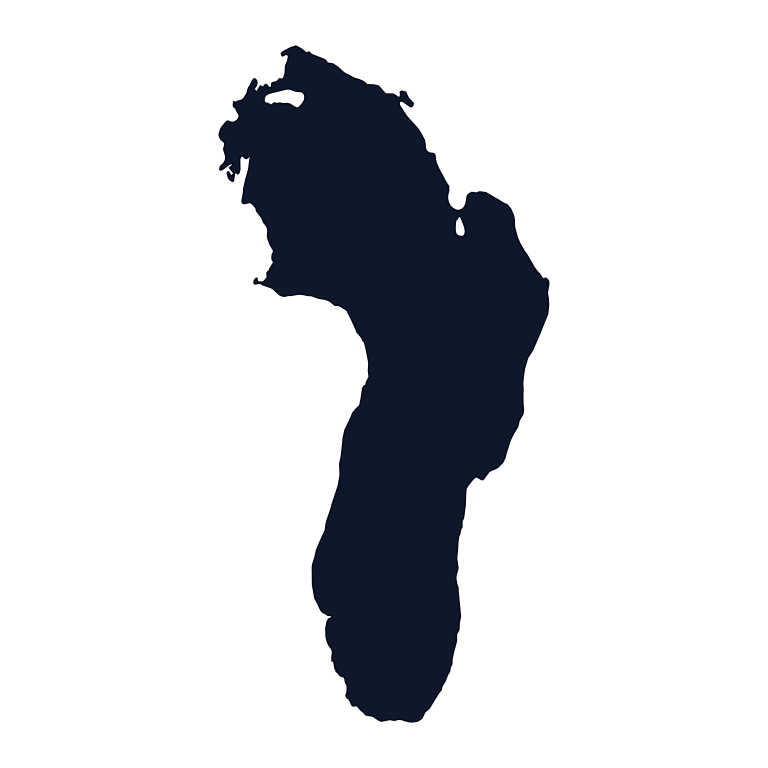 Lago de Yojoa, Cortés, Honduras (Equal Earth projection)
{"feature_id": "27666195B21921991690225", "entity_name": "Lago de Yojoa", "entity_type": "district", "adm_level": 2, "iso_a3": "HND", "parent_name": "Honduras", "parent_adm1": "Cortés", "projection": "equal_earth", "projection_center": [-88.001, 14.865], "detail": "fine", "context": "isolated", "style": "filled", "palette": "ink", "viewbox_px": 768, "rotation_deg": 0, "n_neighbors": 0, "source": "geoboundaries", "source_scale": "gbopen_adm2", "svg_char_len": 6050}
<svg xmlns="http://www.w3.org/2000/svg" viewBox="0 0 768 768"><path d="M449.0,672.5L449.6,670.8L450.1,667.4L451.7,664.3L452.0,658.7L453.5,651.8L456.3,641.4L456.5,633.9L458.8,629.9L459.2,622.5L460.4,616.3L458.0,591.6L457.9,587.5L456.7,584.5L455.7,578.4L456.0,575.1L457.5,570.0L457.9,567.9L456.5,558.0L457.3,550.9L457.7,543.4L458.5,536.6L459.8,533.5L460.6,529.4L461.9,527.2L461.9,520.9L463.3,518.4L463.7,516.3L465.1,505.2L465.6,491.6L466.0,488.7L467.8,485.5L472.7,479.4L474.8,477.4L476.7,476.7L481.5,479.5L483.0,479.6L489.1,471.4L497.3,467.6L502.6,462.5L504.8,458.0L506.2,452.5L510.4,439.7L513.5,433.3L517.7,426.6L519.0,420.6L522.9,413.9L523.4,409.5L522.9,404.2L522.7,394.0L523.0,389.5L522.6,383.5L523.1,377.5L524.3,369.0L527.5,357.9L532.5,350.1L540.7,331.4L542.0,327.6L547.6,313.9L548.5,305.1L548.2,298.8L547.2,292.9L548.7,284.2L548.6,281.5L547.8,280.0L545.8,278.2L545.2,278.2L544.8,279.1L543.9,279.3L542.0,278.0L540.3,274.9L537.2,271.6L534.0,267.3L526.5,254.2L524.6,251.8L520.1,244.1L517.4,238.0L514.6,227.7L514.3,225.2L514.2,219.4L513.4,215.4L510.5,208.9L507.2,204.9L504.4,203.7L485.9,192.8L479.7,191.9L476.3,193.1L471.5,192.5L468.6,194.3L467.3,196.1L466.1,203.1L465.2,205.8L463.7,208.0L461.6,209.6L458.5,210.6L456.6,210.5L453.1,208.7L450.3,206.3L448.3,202.5L447.4,198.4L447.5,195.4L448.7,190.1L448.6,188.7L447.9,187.3L448.1,186.9L448.6,187.0L448.7,186.6L444.6,180.0L442.6,175.9L439.7,171.0L436.2,163.3L435.3,159.5L435.0,155.9L434.5,154.4L433.7,153.6L429.2,153.1L426.3,150.9L425.2,147.9L424.9,143.5L424.3,140.1L419.7,131.6L417.8,128.8L406.6,116.4L399.5,105.6L399.1,103.7L399.3,102.3L399.9,101.4L400.9,100.9L402.3,101.1L403.8,101.9L410.5,106.7L411.9,106.5L413.0,105.0L413.3,103.9L413.0,103.1L408.1,97.8L405.5,92.0L403.8,91.9L402.2,91.2L400.6,91.7L400.3,92.4L400.7,93.9L400.5,95.8L400.0,97.2L399.3,97.7L397.7,97.2L395.0,95.1L392.8,94.1L386.0,94.1L384.8,93.3L378.5,86.1L373.6,85.0L366.9,84.8L364.8,82.6L362.3,81.1L358.5,79.5L355.0,78.6L345.2,73.6L342.8,71.9L338.2,67.6L332.9,64.0L327.7,63.2L324.9,59.8L311.5,54.5L309.0,52.0L307.7,53.0L305.8,52.6L300.8,48.7L296.0,46.1L291.0,47.6L282.3,52.2L281.5,53.3L281.6,54.8L282.5,55.9L285.3,54.5L287.0,54.3L288.1,55.1L288.6,56.5L287.8,60.7L285.7,65.8L285.2,73.3L284.1,77.1L283.3,78.7L281.6,79.4L279.6,78.8L276.9,81.6L272.3,82.9L271.8,83.7L271.6,87.0L270.8,87.7L268.7,87.4L267.0,85.2L265.8,84.5L264.3,85.5L264.1,86.7L263.4,87.4L260.4,86.0L256.7,92.2L253.8,89.3L256.4,85.1L257.0,82.5L256.4,80.4L254.8,78.8L254.2,78.8L252.2,80.9L250.6,85.0L248.4,88.2L247.1,93.4L243.9,98.4L241.5,100.4L237.0,101.5L235.7,102.5L233.7,101.9L233.4,104.9L233.7,106.6L234.1,107.1L234.6,105.0L235.3,105.6L236.1,109.2L237.3,111.8L239.4,115.0L239.1,116.9L238.6,118.5L237.4,120.1L234.0,122.5L230.3,122.2L228.0,121.1L226.9,121.3L221.9,127.0L220.7,129.3L219.3,133.8L219.4,135.8L220.0,137.6L221.0,139.4L224.8,142.6L224.6,145.8L223.7,149.1L225.9,156.5L225.6,159.8L225.1,161.2L223.7,163.4L220.5,166.4L219.7,169.2L220.3,170.0L222.0,169.7L229.3,164.2L231.5,163.4L232.8,163.7L233.0,164.3L232.6,165.1L229.6,167.8L233.2,172.3L233.8,173.5L233.7,174.4L232.3,175.0L231.8,175.8L231.1,176.1L230.5,175.7L229.6,173.3L228.6,171.9L227.8,172.0L227.3,173.3L228.6,178.1L230.8,180.4L232.9,181.4L233.6,180.1L234.5,172.7L236.8,172.7L237.7,173.9L238.7,173.1L239.2,172.0L239.8,169.3L239.6,160.0L239.9,158.2L240.6,156.7L241.6,155.9L242.6,155.9L243.8,156.7L244.9,158.0L246.1,158.5L247.5,157.9L249.9,155.8L251.0,156.1L250.9,157.1L250.3,158.2L250.0,159.6L248.7,169.6L245.8,179.7L243.8,188.7L243.6,192.3L242.1,200.7L242.2,202.1L242.8,203.1L243.9,203.6L249.7,202.4L250.7,202.6L252.8,204.2L255.5,207.3L256.2,208.6L256.4,210.2L256.9,211.3L262.0,217.9L263.5,222.1L266.6,226.0L267.3,227.6L268.0,229.8L267.6,235.3L267.9,238.5L270.1,244.4L273.8,250.8L273.5,252.2L272.3,254.5L272.0,257.6L272.1,259.1L273.5,261.7L273.5,262.8L270.2,268.3L269.2,270.9L267.7,271.8L267.0,272.9L267.3,277.3L267.1,277.9L263.9,281.5L261.7,282.3L257.8,281.9L257.4,281.1L256.9,278.3L256.3,278.2L255.2,279.3L254.1,281.3L254.0,282.5L254.4,283.6L255.0,283.9L260.0,283.1L263.4,285.0L271.2,287.6L273.6,289.2L279.3,294.6L282.5,296.0L285.1,296.2L287.8,295.4L291.4,295.3L298.6,294.0L303.2,294.4L307.2,295.3L311.7,295.6L318.4,298.1L325.8,299.3L329.9,301.1L335.0,305.2L338.3,305.3L339.8,305.8L346.4,309.9L347.2,310.8L352.0,320.4L356.1,329.5L356.8,331.8L360.9,336.5L362.2,338.6L363.1,340.8L364.5,341.9L366.4,349.6L368.9,362.7L368.5,370.8L369.2,377.0L366.6,382.0L365.9,385.3L364.3,386.0L363.1,387.4L362.5,389.7L361.3,398.4L359.8,405.5L355.4,409.8L352.6,413.5L350.4,419.0L345.1,429.9L343.4,437.3L341.4,456.4L339.8,463.6L340.2,475.3L338.3,485.9L332.2,504.4L330.9,509.5L327.2,520.0L326.1,524.3L325.4,530.1L319.6,542.9L316.5,550.4L315.0,557.4L313.0,563.6L312.4,567.0L312.6,584.9L314.9,598.1L318.1,604.1L319.5,607.6L321.4,610.9L323.0,612.5L324.7,613.1L328.0,615.3L331.5,615.4L332.0,616.5L331.4,617.6L330.2,618.5L328.6,619.1L327.2,621.6L325.9,628.6L326.1,636.4L327.2,641.3L328.8,644.9L331.9,649.3L332.6,652.3L331.9,657.5L332.1,660.9L333.6,660.5L334.9,667.8L336.1,671.0L337.2,672.4L338.3,673.0L339.0,674.4L340.3,675.7L344.4,677.2L345.1,679.4L345.4,681.7L346.2,683.8L346.9,684.5L347.3,686.7L347.2,691.7L346.0,695.7L346.6,697.2L347.5,698.1L348.5,698.5L349.6,700.1L351.8,704.9L352.9,705.9L356.9,705.5L360.7,709.9L364.4,713.0L365.6,714.8L372.8,716.1L378.7,720.0L381.3,721.1L390.1,719.4L394.2,720.3L398.6,719.2L402.0,719.5L404.1,720.4L410.5,721.9L414.7,721.6L418.1,720.8L421.9,718.1L424.8,712.0L429.2,708.2L438.4,693.2L440.7,690.3L441.2,689.4L442.1,685.7L444.8,681.6L447.8,674.0L449.0,672.5ZM298.0,108.1L295.9,107.9L289.6,104.1L287.2,103.6L282.4,103.8L280.3,103.1L276.2,103.6L274.4,102.9L270.7,105.5L269.2,104.1L267.7,103.4L265.1,103.1L264.1,101.2L264.0,98.6L265.2,95.5L269.0,93.2L286.2,89.0L289.8,89.0L295.9,91.1L301.9,91.7L304.4,94.1L305.0,97.0L304.7,99.9L302.8,103.2L300.1,106.5L298.0,108.1ZM462.8,236.5L459.8,236.4L457.3,235.5L455.7,233.6L455.0,230.1L455.1,225.7L455.5,220.5L456.7,219.5L458.4,216.5L459.8,216.1L461.3,218.0L464.9,227.3L465.5,231.7L464.7,235.2L462.8,236.5Z" fill="#0f172a" stroke="#020617" stroke-width="1.5"/></svg>